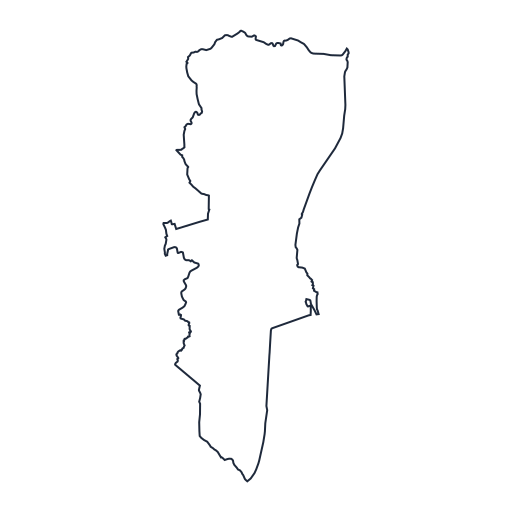 outline of Ratchasan, Chachoengsao, Thailand
{"feature_id": "78962969B64139480936177", "entity_name": "Ratchasan", "entity_type": "district", "adm_level": 2, "iso_a3": "THA", "parent_name": "Thailand", "parent_adm1": "Chachoengsao", "projection": "robinson", "projection_center": [101.266, 13.772], "detail": "fine", "context": "isolated", "style": "outline", "palette": "slate", "viewbox_px": 512, "rotation_deg": 0, "n_neighbors": 0, "source": "geoboundaries", "source_scale": "gbopen_adm2", "svg_char_len": 5990}
<svg xmlns="http://www.w3.org/2000/svg" viewBox="0 0 512 512"><path d="M188.0,57.1L188.2,58.4L188.1,59.1L186.4,61.8L187.5,63.0L187.3,63.3L186.6,63.9L186.3,66.5L186.4,68.2L187.2,72.5L188.3,76.3L191.5,80.4L193.3,81.9L196.1,83.7L196.5,84.3L196.7,85.4L196.6,86.4L196.7,87.7L196.5,90.8L196.6,94.1L197.6,99.0L198.7,103.4L199.0,104.4L201.5,108.1L201.5,109.5L202.1,111.5L201.8,112.8L200.8,113.4L199.8,114.6L199.2,114.9L198.4,114.9L197.9,114.6L197.3,112.8L196.4,111.9L195.7,111.8L195.0,112.2L194.2,113.3L192.7,117.4L191.2,118.9L190.6,119.9L190.6,120.8L191.5,122.5L191.6,123.2L191.3,123.8L190.7,124.2L188.1,123.8L187.4,124.0L186.4,124.7L185.6,126.2L184.5,127.1L184.5,127.6L185.0,128.4L185.2,129.0L184.4,130.9L183.7,134.8L184.4,145.1L184.3,146.0L184.5,147.1L183.6,148.1L182.2,148.9L181.4,149.7L179.6,149.9L176.9,149.9L176.5,150.0L176.4,150.2L180.6,154.7L182.2,155.3L182.2,156.9L183.3,158.1L184.1,159.5L184.5,161.3L185.5,163.9L186.2,164.8L188.2,166.9L188.2,167.1L187.7,167.8L187.5,168.6L187.2,174.5L189.2,179.3L190.3,181.0L189.5,182.7L191.5,184.7L193.2,186.7L195.5,188.4L201.3,193.5L202.2,193.8L204.1,194.1L206.2,195.0L208.2,195.3L208.9,195.6L208.7,209.1L208.8,209.4L209.3,209.6L208.0,213.7L207.8,219.5L199.7,221.8L176.2,229.0L174.6,223.9L172.2,224.3L171.8,224.2L171.2,221.8L170.8,220.6L169.7,221.2L167.6,222.8L166.7,223.0L163.6,223.0L163.4,223.6L163.4,224.3L165.0,227.6L165.9,229.8L166.4,233.8L167.2,236.0L165.3,237.3L166.3,239.1L166.4,239.8L165.7,243.9L164.9,245.6L164.3,248.8L164.9,252.5L164.8,253.8L165.7,255.7L167.2,255.2L167.2,253.9L168.0,250.3L168.0,249.7L168.2,249.4L169.0,249.0L174.2,247.1L175.4,247.2L176.3,247.6L176.9,248.5L177.6,252.4L177.8,252.9L178.4,253.0L181.0,251.9L181.8,252.0L182.9,252.5L183.9,257.8L184.4,258.9L185.3,259.8L186.2,260.2L188.9,260.2L189.6,260.6L190.2,260.8L190.8,261.3L191.9,260.3L194.3,262.5L198.1,263.6L198.5,264.1L198.8,265.3L198.6,265.9L198.2,266.6L196.8,267.8L191.5,270.6L190.2,271.5L189.5,272.7L188.2,276.7L187.5,278.1L184.7,279.3L183.7,280.3L183.8,281.4L186.0,285.2L186.2,286.0L186.1,286.7L185.7,288.0L185.2,288.9L184.3,289.7L181.7,291.5L181.3,292.4L181.3,293.6L181.9,296.5L183.0,298.8L183.7,300.1L185.8,301.5L186.1,302.3L185.4,304.2L184.4,306.2L182.5,307.7L178.9,309.8L178.3,310.6L178.2,311.2L178.9,314.8L179.1,314.9L180.2,314.5L181.0,315.0L180.9,316.1L180.4,317.7L180.6,318.4L181.3,318.7L183.8,319.4L185.1,320.7L187.1,321.1L187.8,321.5L188.3,322.2L189.2,322.4L189.3,323.0L188.7,324.6L188.6,325.1L188.8,325.5L189.7,325.9L189.6,329.0L189.9,329.9L190.6,330.8L190.9,331.7L190.5,332.1L189.3,332.2L189.1,332.4L189.1,332.7L189.8,333.6L189.4,334.9L189.6,336.3L188.7,336.7L187.9,336.7L187.6,337.5L186.2,338.3L185.7,338.8L184.7,338.8L184.5,339.0L184.4,339.8L183.7,340.4L184.0,341.2L183.9,341.6L183.6,341.8L183.7,343.3L184.6,345.5L184.1,346.3L183.6,347.9L182.6,348.3L182.2,348.9L182.1,349.6L181.5,349.8L181.1,350.7L180.7,350.7L180.3,350.3L179.9,350.4L178.3,351.5L177.5,352.5L177.4,353.3L176.4,354.3L176.6,355.6L178.2,357.8L178.3,358.2L178.0,358.6L177.3,359.1L177.8,360.4L177.6,361.5L175.9,362.8L175.3,363.7L175.1,364.5L175.3,364.9L199.9,385.6L198.9,389.9L199.0,390.6L200.2,392.9L200.7,394.3L200.1,398.2L199.2,401.7L200.1,403.7L200.0,414.4L199.2,422.2L199.4,431.2L199.7,436.0L201.2,437.8L204.0,440.0L207.2,441.7L210.1,445.6L210.6,446.7L213.0,448.2L214.5,449.6L215.6,450.1L217.7,451.9L221.0,457.4L221.5,457.2L222.9,458.2L224.7,460.0L227.3,459.1L229.1,458.7L231.2,458.8L232.3,459.6L233.0,460.6L233.4,463.0L234.4,465.0L236.7,467.6L238.0,469.5L239.9,470.3L241.3,471.9L241.8,472.7L242.2,473.8L243.2,475.1L244.9,479.0L245.8,480.0L247.3,481.3L250.7,478.5L254.5,473.1L256.2,469.4L258.4,463.4L259.2,460.6L263.3,442.2L264.6,434.2L264.9,431.4L265.3,423.2L267.2,410.2L266.4,406.0L269.4,355.2L269.6,352.7L270.2,342.1L270.9,330.6L271.2,329.3L271.6,328.6L272.3,328.2L308.8,315.3L310.6,315.0L310.8,310.9L310.7,306.2L310.3,305.9L309.7,305.8L308.0,306.5L307.6,306.3L307.2,305.6L306.4,304.2L305.9,302.3L305.6,301.8L306.0,300.9L306.4,299.1L309.3,299.8L310.2,300.3L310.4,300.8L311.0,304.1L314.4,310.0L316.5,314.4L318.6,314.1L317.6,310.5L317.0,309.4L316.8,307.6L316.6,301.2L316.7,296.8L317.0,295.3L317.7,294.0L317.4,292.3L316.7,292.3L314.0,290.7L314.2,289.2L312.9,288.3L313.5,285.7L312.4,285.1L312.9,284.5L312.8,282.2L312.6,281.9L311.7,281.8L311.5,281.6L312.1,280.1L310.8,278.7L310.1,278.4L309.3,277.3L307.3,275.3L307.4,273.6L306.4,272.4L304.8,268.6L302.3,267.6L298.5,267.2L297.7,266.6L297.3,265.7L297.2,265.0L297.9,264.3L298.0,263.9L297.3,260.0L296.8,258.6L296.7,257.7L297.4,249.9L296.7,248.4L295.7,247.2L295.4,244.9L296.9,233.5L298.1,227.5L299.4,223.6L299.3,219.3L301.4,217.7L302.2,214.7L302.2,214.4L301.8,214.2L301.8,213.9L303.0,211.9L303.7,209.5L309.5,193.5L312.1,186.8L315.0,179.9L317.5,174.2L319.9,170.4L335.0,148.4L340.5,138.1L342.2,133.5L343.1,128.3L344.2,115.6L345.2,109.2L345.4,105.0L344.3,76.4L345.0,72.0L345.7,70.6L346.5,69.5L347.4,67.5L347.7,62.1L347.2,60.6L346.5,59.7L346.5,59.0L346.9,57.5L347.7,56.7L347.7,54.6L348.6,53.4L348.6,52.3L347.7,49.5L346.8,48.6L345.4,51.1L342.6,54.7L341.9,55.2L340.8,55.5L330.9,55.2L323.6,53.9L313.9,53.6L312.8,53.4L311.4,52.9L310.5,52.3L308.7,50.2L306.9,47.4L304.2,44.2L303.7,43.8L300.9,42.3L298.0,40.5L291.0,38.3L289.7,38.5L287.6,40.0L285.9,40.6L284.5,40.6L283.9,41.0L283.5,41.8L283.1,44.1L282.5,45.0L282.0,45.4L281.3,45.5L280.9,45.2L280.6,43.5L278.4,43.0L277.4,43.0L276.8,43.2L276.2,43.6L275.0,46.0L274.0,46.2L273.4,45.7L272.6,43.6L272.0,43.1L271.1,43.1L268.9,44.7L268.2,44.8L266.3,44.0L263.7,42.2L256.1,39.9L255.7,39.4L255.6,38.9L255.9,36.4L254.7,35.5L254.1,35.4L251.8,36.7L248.7,36.5L247.5,36.2L246.3,35.0L245.3,33.1L244.8,32.6L243.2,31.6L241.1,30.7L240.4,30.9L239.6,31.9L237.5,33.5L232.1,36.8L231.3,36.7L229.1,35.9L227.8,35.2L226.2,35.1L224.9,35.3L222.2,38.0L219.0,39.3L216.9,39.8L215.1,42.2L214.5,44.0L213.8,45.0L211.4,48.0L210.4,48.8L206.3,50.1L202.7,49.2L201.2,49.2L199.3,50.2L198.6,51.1L197.6,51.7L196.9,51.9L195.4,51.7L193.7,52.5L191.6,52.7L191.0,53.2L190.2,54.8L189.6,55.7L188.0,57.1Z" fill="none" stroke="#1e293b" stroke-width="2"/></svg>